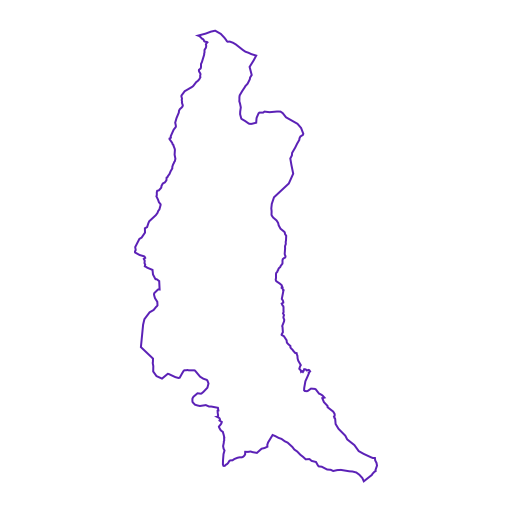 Campeni, Alba, Romania (orthographic projection)
{"feature_id": "2599482B40303754210637", "entity_name": "Campeni", "entity_type": "district", "adm_level": 2, "iso_a3": "ROU", "parent_name": "Romania", "parent_adm1": "Alba", "projection": "orthographic", "projection_center": [23.042, 46.415], "detail": "fine", "context": "isolated", "style": "outline", "palette": "violet", "viewbox_px": 512, "rotation_deg": 0, "n_neighbors": 0, "source": "geoboundaries", "source_scale": "gbopen_adm2", "svg_char_len": 6045}
<svg xmlns="http://www.w3.org/2000/svg" viewBox="0 0 512 512"><path d="M371.9,474.9L372.5,473.8L374.3,471.9L375.7,471.0L375.5,470.0L377.0,465.6L376.5,462.9L375.2,460.4L374.9,458.0L372.8,458.0L370.8,457.2L363.7,453.9L358.7,451.1L354.4,445.1L347.2,439.4L345.3,435.7L338.5,428.8L335.6,424.0L335.2,419.1L334.9,418.2L334.3,417.8L334.2,416.9L334.0,416.5L334.6,415.9L334.7,414.8L334.5,413.7L333.2,411.6L327.7,407.3L327.5,407.0L327.6,406.3L327.5,405.9L323.9,402.1L322.3,398.2L324.4,397.6L322.4,395.4L320.3,394.1L319.1,393.7L315.7,389.3L314.8,388.9L311.0,388.6L307.8,390.9L306.9,391.2L304.8,391.0L304.1,390.3L304.2,388.0L305.4,381.2L307.8,375.9L309.0,373.0L308.8,372.6L310.1,371.4L309.3,370.2L308.4,369.9L306.9,370.5L305.7,369.4L304.2,369.2L303.5,371.1L302.9,372.0L302.1,371.2L301.1,371.9L300.7,370.3L299.3,368.8L300.1,366.3L300.8,365.1L298.3,360.8L298.0,359.9L297.6,358.4L297.4,355.7L296.9,354.6L296.6,353.1L295.2,353.0L292.9,350.4L292.7,349.9L291.0,348.3L290.4,347.4L290.4,346.0L288.4,344.3L287.1,342.9L286.8,342.2L286.6,340.3L283.9,336.2L281.7,335.0L281.6,334.5L281.9,333.9L282.9,332.2L282.5,326.9L282.2,326.1L284.0,321.5L284.2,320.3L284.2,319.6L283.4,317.7L283.5,316.6L284.0,315.1L283.0,313.3L283.6,312.1L283.5,310.4L283.5,307.1L283.3,306.2L282.6,305.5L281.7,303.6L283.3,302.6L283.2,301.6L282.8,300.4L281.8,298.9L283.3,291.3L283.1,290.7L283.6,290.1L282.1,288.2L281.6,287.9L281.7,287.2L282.4,287.1L281.6,285.1L279.7,283.5L276.7,281.5L276.0,280.8L275.7,279.6L276.0,278.0L276.0,273.9L276.3,272.8L277.4,271.7L277.7,270.4L278.2,270.0L278.5,268.8L278.9,268.2L280.2,267.1L280.7,265.9L282.4,263.7L282.5,263.1L282.5,260.2L282.8,259.1L284.0,258.1L285.2,257.5L285.4,256.9L285.5,256.2L284.8,254.6L284.7,253.7L285.1,248.3L285.0,246.7L285.1,245.9L285.8,244.0L285.7,242.0L286.0,240.4L286.2,235.8L285.0,234.0L284.8,232.6L284.4,231.9L280.5,228.7L278.7,225.4L278.1,222.9L276.5,220.4L273.1,217.5L271.8,215.6L271.5,214.8L271.6,211.2L271.3,208.4L271.8,203.8L274.0,197.3L288.8,183.5L293.2,173.7L291.4,164.9L290.3,158.5L291.9,155.4L292.1,152.9L295.2,147.6L297.1,143.7L299.3,139.9L299.5,138.3L300.4,136.5L302.9,134.9L303.3,133.8L301.1,128.0L297.5,123.8L286.0,117.3L282.7,113.1L280.5,111.6L277.3,111.5L269.6,112.2L264.5,111.6L263.1,112.6L259.4,112.6L258.6,113.3L256.7,117.6L256.5,118.6L256.2,122.7L251.5,123.9L250.1,123.9L248.8,123.6L245.1,121.0L241.5,118.9L241.2,118.3L240.1,114.2L240.2,111.5L240.8,107.4L240.0,103.5L239.3,101.2L239.4,100.2L239.4,97.1L239.7,95.3L242.3,90.9L244.9,87.0L245.2,86.3L247.6,83.7L249.8,79.3L250.1,77.5L251.7,75.0L249.6,66.9L253.7,60.3L256.2,55.6L251.3,54.1L248.3,52.7L245.4,51.7L242.9,50.0L235.8,44.4L232.9,42.7L229.8,41.6L227.5,41.7L226.8,41.1L226.0,39.8L224.4,37.7L220.8,33.9L215.2,30.7L211.0,31.6L205.7,33.6L198.1,35.6L199.6,36.2L202.3,38.9L203.1,39.2L203.6,39.8L204.2,41.2L204.8,41.6L207.0,42.0L207.4,42.3L206.4,43.4L205.9,44.3L206.2,45.7L206.1,46.9L205.7,48.1L204.6,49.7L204.5,50.4L204.5,52.5L204.2,53.4L204.2,54.3L204.0,55.2L201.9,62.1L201.0,64.0L201.0,67.0L200.8,68.0L200.5,68.6L199.0,69.8L198.9,70.5L199.1,71.5L200.2,73.3L200.5,74.1L200.1,76.1L200.4,77.2L199.2,79.4L197.6,81.1L196.3,82.0L193.3,85.9L192.4,86.7L184.7,91.2L181.5,95.5L181.4,96.4L182.0,98.6L181.9,99.4L181.7,99.9L182.1,102.0L181.9,102.7L182.8,105.3L182.5,106.5L181.7,107.5L179.8,109.2L179.0,110.8L178.8,112.6L176.5,118.1L175.2,122.7L175.7,124.9L175.9,126.3L175.7,127.1L173.7,129.6L170.7,136.3L170.9,137.5L170.8,137.8L169.5,138.5L169.5,139.1L172.2,142.9L172.7,144.4L173.4,145.0L173.6,146.0L174.7,148.8L174.9,149.9L174.6,154.7L175.4,158.8L174.8,161.3L174.1,162.2L173.8,163.2L173.1,164.4L172.3,166.8L172.3,168.4L170.6,171.3L169.5,174.0L168.0,176.0L167.5,177.1L166.6,177.6L166.4,180.3L164.9,182.4L162.8,183.5L161.5,185.9L161.3,187.4L160.9,188.1L158.8,190.4L157.2,190.8L156.8,192.3L156.8,195.2L156.4,196.3L158.0,199.6L158.9,202.2L160.6,204.3L160.6,205.0L159.4,209.4L158.2,211.0L157.5,212.9L155.8,215.2L149.2,221.3L148.4,223.1L147.1,227.1L144.9,228.3L145.0,232.6L141.6,237.6L139.4,238.9L135.2,247.1L135.7,250.0L135.0,251.4L135.0,252.2L135.1,252.5L139.6,255.0L144.1,256.3L144.6,256.7L145.2,257.9L143.8,258.9L144.6,260.4L144.7,261.0L144.5,263.1L145.2,264.6L144.8,266.3L146.6,267.2L147.0,267.6L152.5,269.9L153.0,274.5L155.3,278.9L155.6,279.2L156.6,279.2L159.2,281.1L159.6,289.5L158.3,289.4L157.8,289.7L154.4,293.0L154.1,293.7L154.0,294.4L154.3,295.9L155.0,298.2L157.3,301.8L157.5,305.3L157.0,306.1L156.1,306.9L153.6,310.0L149.6,312.3L144.4,319.2L143.1,324.7L140.9,347.1L153.0,358.6L152.9,362.3L152.7,362.9L153.3,366.1L153.2,371.5L156.5,376.1L162.0,378.6L167.8,373.8L168.7,374.0L175.3,377.1L178.5,378.0L179.7,377.7L182.2,373.2L183.6,370.9L184.3,370.3L186.7,370.2L187.3,370.0L188.7,370.3L194.2,370.3L195.0,370.6L200.1,376.7L203.3,378.7L206.8,379.9L207.5,380.8L208.5,383.5L207.4,387.7L203.4,391.9L201.6,393.4L201.0,393.7L197.5,393.3L193.6,396.6L192.9,397.6L192.4,398.8L192.4,401.2L192.7,402.3L195.0,404.7L197.6,405.5L199.9,406.0L205.8,405.1L209.0,406.5L211.1,406.5L217.9,407.8L218.4,410.5L217.6,410.7L217.7,412.9L218.1,415.3L217.9,416.6L217.0,416.8L219.0,417.8L219.5,418.3L219.8,418.9L220.0,419.6L219.5,420.5L221.8,422.0L221.3,423.5L220.8,424.3L218.9,426.6L219.1,427.4L220.4,429.8L221.4,430.9L222.8,431.8L223.7,434.9L224.3,437.6L224.1,437.7L224.1,438.3L224.2,440.4L223.8,441.6L223.8,442.7L223.1,446.1L223.6,448.7L224.5,450.5L223.5,454.1L223.0,460.5L222.9,464.3L223.2,465.3L223.5,465.9L224.7,465.9L225.8,464.8L227.0,464.1L228.2,462.9L229.2,461.1L230.2,460.4L232.5,460.3L234.4,459.0L237.4,457.8L239.6,457.3L241.9,457.3L243.1,456.8L244.1,455.9L245.1,454.5L245.2,451.8L247.9,451.9L250.6,451.5L252.4,452.1L256.9,452.9L261.6,448.7L264.6,448.0L267.4,446.7L267.3,444.8L268.1,442.4L272.6,435.0L275.3,436.1L278.6,437.9L281.5,438.9L284.8,441.3L287.6,442.6L292.4,447.0L294.3,449.5L297.2,451.5L300.4,454.8L303.1,456.9L305.7,459.3L309.5,459.1L311.6,460.9L316.0,462.0L318.0,465.6L318.8,466.4L321.7,466.7L327.1,469.5L330.7,469.8L333.2,471.0L337.2,470.1L340.9,469.9L349.4,471.3L352.5,471.5L356.3,472.5L359.3,474.7L362.4,478.1L363.8,481.3L371.9,474.9Z" fill="none" stroke="#5b21b6" stroke-width="2"/></svg>